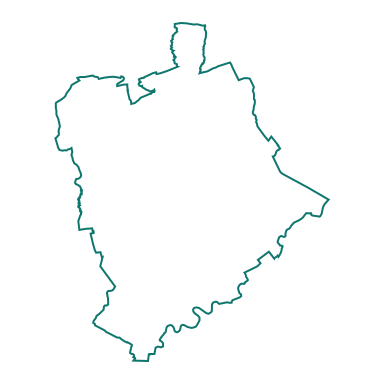 Balesti, Gorj, Romania (Mercator projection)
{"feature_id": "2599482B86837761601093", "entity_name": "Balesti", "entity_type": "district", "adm_level": 2, "iso_a3": "ROU", "parent_name": "Romania", "parent_adm1": "Gorj", "projection": "mercator", "projection_center": [23.167, 45.008], "detail": "fine", "context": "isolated", "style": "outline", "palette": "teal", "viewbox_px": 384, "rotation_deg": 0, "n_neighbors": 0, "source": "geoboundaries", "source_scale": "gbopen_adm2", "svg_char_len": 5807}
<svg xmlns="http://www.w3.org/2000/svg" viewBox="0 0 384 384"><path d="M328.6,199.6L308.1,187.7L283.0,174.1L281.1,172.8L280.0,171.4L272.8,156.5L273.9,156.2L275.1,155.3L276.6,151.0L278.2,150.1L278.3,149.7L279.0,149.6L280.1,148.6L277.7,145.3L278.1,145.1L271.3,136.6L268.4,140.7L264.4,135.9L257.5,126.4L256.8,123.3L256.1,122.1L256.7,120.0L256.2,119.6L255.8,118.6L255.9,117.0L255.1,115.2L254.1,115.0L252.9,113.5L252.8,112.1L253.6,109.7L253.8,106.9L254.8,103.6L254.8,100.0L254.0,99.3L253.9,98.7L254.0,94.5L253.7,92.7L252.8,90.9L253.9,87.2L249.9,78.8L248.0,78.2L244.0,78.2L238.7,80.2L232.0,66.5L231.5,64.9L230.0,62.5L217.9,66.3L216.1,67.4L212.5,68.6L207.6,71.3L199.6,73.2L200.1,72.2L200.0,71.7L200.6,71.3L200.3,69.5L200.6,69.2L200.0,68.6L200.5,66.9L201.2,66.1L201.3,65.1L202.6,64.2L202.3,63.6L202.5,63.2L203.6,63.0L204.1,61.8L204.0,60.4L204.5,60.1L204.6,57.3L203.8,56.4L203.4,55.1L203.4,53.9L203.7,53.5L203.5,51.8L203.7,50.4L203.1,49.5L203.9,48.2L203.4,46.8L203.9,46.4L204.1,45.1L205.0,43.7L204.6,42.6L204.7,40.5L205.9,37.4L205.8,35.8L206.1,35.0L206.0,31.7L205.5,30.6L205.0,30.1L204.8,29.1L204.7,27.7L205.3,26.2L205.0,25.3L202.9,25.7L197.5,24.3L193.2,24.5L186.9,23.4L181.1,23.0L174.8,24.0L174.7,27.4L176.4,27.9L177.0,28.6L176.6,30.4L177.2,31.6L176.2,32.5L175.2,32.8L174.5,34.0L172.7,35.5L173.2,36.5L172.5,37.4L172.4,38.2L172.9,39.2L171.1,40.9L171.3,41.7L172.3,42.3L171.8,43.7L172.0,45.1L170.9,46.0L171.1,46.6L172.0,47.5L170.8,48.8L171.0,49.2L171.8,49.4L172.3,50.2L173.6,50.7L172.2,51.8L172.1,52.3L174.4,55.3L174.5,55.8L173.9,56.2L173.9,56.8L175.3,56.7L175.7,57.1L174.9,57.9L174.5,59.1L173.4,60.0L174.5,61.1L174.4,62.4L174.7,63.3L176.9,64.2L176.8,65.5L177.2,66.5L177.7,66.7L167.1,71.0L159.9,73.4L156.5,74.0L156.1,72.3L153.0,73.1L144.1,77.3L143.8,77.9L141.8,78.0L138.9,79.3L139.3,80.7L140.7,82.0L139.8,82.7L139.4,82.5L138.6,84.1L139.4,85.6L140.8,86.1L142.1,85.8L142.0,86.8L142.2,87.1L146.5,89.8L148.9,90.6L149.5,91.3L150.5,91.4L153.6,90.4L154.3,89.7L154.6,91.3L154.2,92.0L153.0,91.9L152.1,92.4L151.2,93.7L150.6,93.6L140.7,97.7L138.5,100.2L134.8,103.0L131.2,103.9L131.0,101.2L130.7,100.4L129.6,99.3L127.5,90.5L127.9,90.4L127.3,86.9L127.3,84.4L123.2,84.7L117.2,86.1L117.1,84.5L117.5,83.8L123.2,80.4L124.0,78.4L123.4,77.4L122.7,76.8L121.2,76.4L120.5,77.9L114.0,76.8L110.3,76.9L104.7,77.6L98.7,78.9L97.8,77.2L93.8,76.4L92.8,75.5L84.3,77.1L80.3,77.0L77.3,77.9L77.6,78.6L79.4,80.5L71.7,85.0L70.3,88.4L66.7,93.1L65.5,95.7L64.5,97.1L61.2,99.6L56.4,102.4L55.8,103.2L55.8,107.4L56.4,110.9L56.4,114.5L58.5,119.5L59.9,126.5L58.9,129.2L58.6,131.4L58.9,133.4L58.7,135.1L57.4,136.3L57.0,137.1L55.4,138.3L58.4,148.3L59.0,148.8L59.4,150.0L62.9,150.7L64.1,150.3L66.6,150.4L67.9,149.5L70.4,148.8L71.5,148.0L72.3,152.0L71.6,154.2L71.6,155.7L72.4,157.3L72.8,160.0L74.4,163.4L76.6,164.8L78.5,167.2L79.2,169.7L80.5,172.6L81.2,175.4L80.6,176.9L79.5,178.0L78.6,178.6L76.1,179.1L75.1,182.2L75.2,183.2L75.7,183.9L78.2,185.1L80.1,186.5L81.1,189.1L81.0,189.5L81.6,189.6L81.8,190.0L81.3,190.5L81.8,190.9L81.3,191.4L81.7,191.8L81.7,192.6L81.4,192.9L81.7,193.3L81.5,193.5L81.6,194.5L81.2,194.8L80.7,194.4L80.6,195.1L80.3,195.1L80.1,196.4L79.4,197.2L79.7,197.5L79.2,197.6L79.2,198.5L78.7,198.5L78.7,199.0L78.1,199.2L78.3,199.8L78.7,199.6L79.2,200.2L79.3,200.7L78.9,200.9L78.9,201.3L79.3,201.5L79.6,202.8L79.1,202.9L79.3,203.2L79.0,203.3L79.4,203.7L78.9,203.9L79.5,204.8L78.9,204.7L78.9,205.4L79.3,205.5L78.9,205.9L79.0,206.3L78.5,206.3L78.7,206.7L78.4,207.1L80.0,208.4L79.9,208.8L80.4,209.2L79.8,210.8L80.7,212.0L81.2,211.6L81.5,212.5L81.0,213.3L81.0,214.5L80.2,215.5L78.3,221.3L79.4,229.9L85.9,228.8L92.2,228.4L92.6,231.2L93.5,231.1L93.7,233.0L90.6,233.6L93.1,244.3L94.9,250.3L96.1,252.7L100.4,252.2L101.9,257.3L102.6,257.0L100.3,266.3L115.1,286.5L113.1,289.9L111.5,290.7L108.1,291.1L107.2,292.1L106.9,293.6L107.5,294.8L107.3,295.9L108.0,297.8L108.2,304.5L106.5,305.6L105.2,305.4L104.5,305.8L103.9,306.7L103.6,309.7L99.1,314.1L96.6,315.8L95.9,317.9L93.7,320.9L93.3,322.0L93.2,322.9L94.9,324.0L95.1,325.4L104.7,330.4L105.8,331.7L117.2,337.6L119.5,337.6L121.6,339.4L124.7,341.4L127.0,342.5L127.2,342.2L128.3,342.7L131.8,344.7L131.8,346.1L131.3,346.9L130.0,352.8L131.2,353.8L133.2,354.2L134.1,355.4L134.2,356.1L133.3,357.2L134.9,357.9L135.2,358.4L133.5,360.6L148.0,361.0L148.8,354.5L149.6,354.6L149.7,354.0L154.4,354.0L155.6,347.7L158.0,346.6L161.0,347.3L163.0,346.5L163.1,344.0L162.9,342.9L161.0,341.0L159.9,340.6L159.7,339.7L161.5,336.8L163.7,334.4L164.2,333.2L165.5,332.4L166.6,327.4L167.7,326.0L170.0,325.1L171.7,325.3L173.4,327.1L174.1,328.6L174.4,330.3L175.2,331.6L176.8,332.2L177.9,332.0L179.6,330.6L180.0,329.9L180.9,326.2L181.2,325.5L182.4,324.9L184.2,325.1L187.6,327.0L191.2,327.9L193.3,327.6L195.9,326.6L197.2,324.7L199.2,321.0L199.5,320.3L199.5,318.0L199.3,317.2L197.9,315.6L194.8,313.4L193.4,311.6L193.1,309.8L193.6,308.5L194.3,307.9L196.5,307.4L198.9,307.9L206.3,313.1L208.4,313.8L210.9,312.4L211.8,311.2L212.0,304.4L213.0,302.6L215.3,301.8L216.8,301.8L219.2,303.9L227.0,302.3L229.5,302.8L231.6,302.7L231.7,301.7L232.5,300.2L239.9,297.3L241.1,296.2L241.2,294.7L240.9,294.2L239.5,293.3L238.6,290.6L238.1,288.6L238.3,287.3L238.9,286.0L239.9,284.6L241.3,283.7L244.3,283.8L244.8,283.4L244.9,282.5L247.8,280.4L247.8,279.6L246.0,276.5L245.6,274.5L244.5,272.6L257.4,266.3L260.5,263.2L257.9,259.9L268.9,251.7L274.3,258.7L274.7,257.9L277.0,256.5L277.5,255.7L278.4,256.9L280.6,253.2L281.5,250.6L281.7,248.8L282.6,246.4L282.3,245.8L280.1,245.6L279.6,244.6L278.0,242.9L277.6,241.7L279.0,237.7L279.4,237.0L281.1,236.0L284.0,236.9L285.2,236.5L285.6,235.6L285.4,233.6L286.6,230.0L289.7,228.3L291.4,225.5L293.9,222.7L299.2,220.2L302.6,217.8L306.2,213.2L310.4,213.4L310.8,213.1L311.2,213.4L311.3,214.8L312.3,215.5L319.6,216.6L320.3,216.1L321.7,213.6L322.7,208.5L323.5,206.1L324.8,203.9L328.6,199.6Z" fill="none" stroke="#0f766e" stroke-width="2"/></svg>